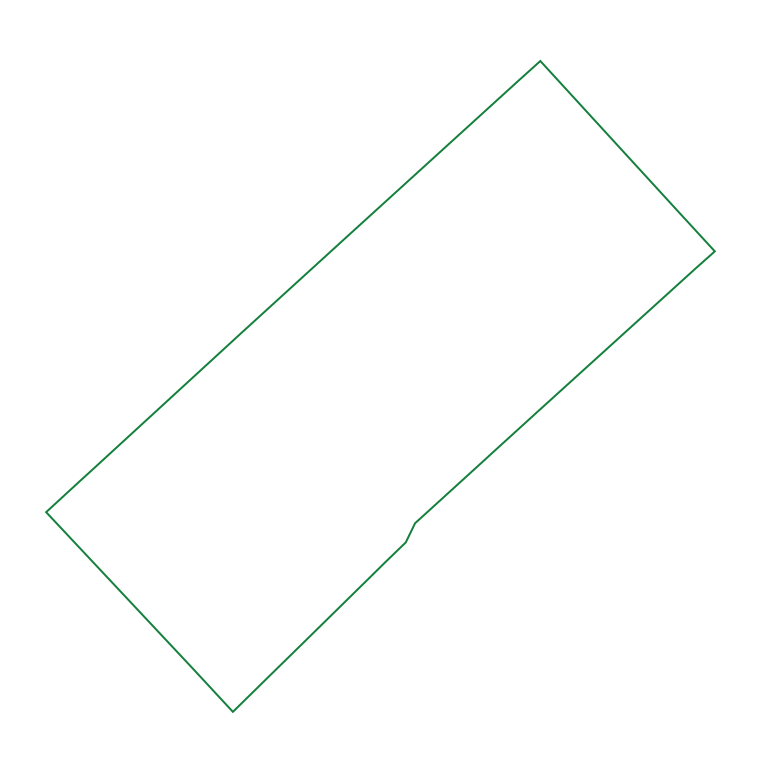 Valcheta, Río Negro, Argentina (Albers equal-area conic projection), rotated 47°
{"feature_id": "61730980B79261334873375", "entity_name": "Valcheta", "entity_type": "district", "adm_level": 2, "iso_a3": "ARG", "parent_name": "Argentina", "parent_adm1": "Río Negro", "projection": "albers", "projection_center": [-66.153, -40.955], "detail": "fine", "context": "isolated", "style": "outline", "palette": "green", "viewbox_px": 768, "rotation_deg": 47, "n_neighbors": 0, "source": "geoboundaries", "source_scale": "gbopen_adm2", "svg_char_len": 508}
<svg xmlns="http://www.w3.org/2000/svg" viewBox="0 0 768 768"><g transform="rotate(47 384 384)"><path d="M520.7,718.1L520.7,717.9L520.7,717.6L519.4,666.8L518.1,613.9L515.8,525.4L515.2,504.1L514.7,476.1L507.4,457.2L507.0,456.2L507.1,449.9L508.2,359.5L508.2,355.1L508.3,346.8L509.0,290.6L512.0,77.1L512.6,51.6L457.2,51.2L254.4,49.4L253.9,77.5L251.0,311.1L249.4,452.2L248.1,618.6L247.8,655.4L247.6,673.6L247.3,718.0L247.3,718.5L462.3,717.9L520.7,718.1Z" fill="none" stroke="#15803d" stroke-width="2"/></g></svg>